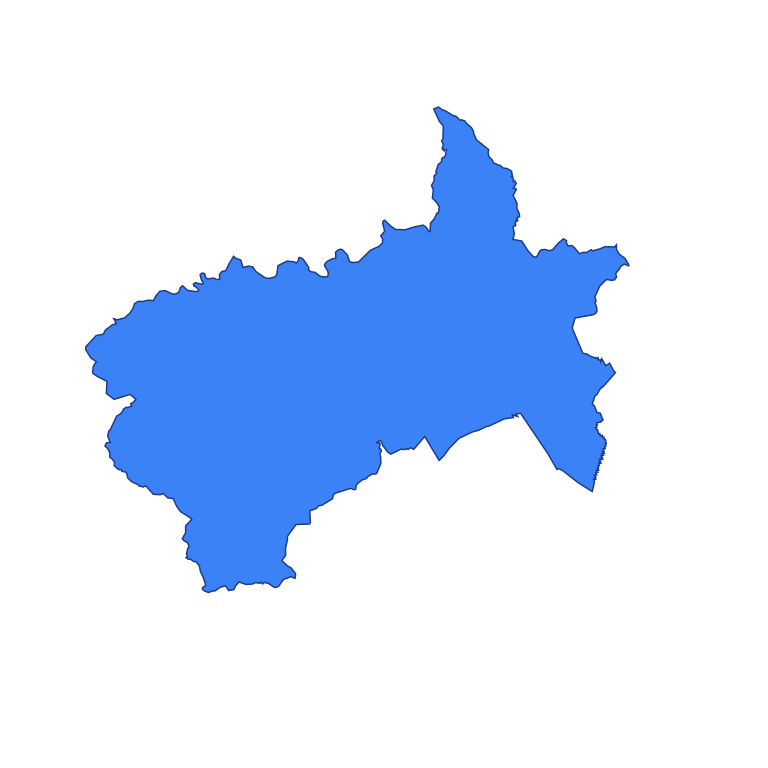 Tasquillo, Hidalgo, Mexico (Robinson projection), rotated 327°
{"feature_id": "50627088B25461945792705", "entity_name": "Tasquillo", "entity_type": "district", "adm_level": 2, "iso_a3": "MEX", "parent_name": "Mexico", "parent_adm1": "Hidalgo", "projection": "robinson", "projection_center": [-99.367, 20.531], "detail": "fine", "context": "isolated", "style": "filled", "palette": "blue", "viewbox_px": 768, "rotation_deg": 327, "n_neighbors": 0, "source": "geoboundaries", "source_scale": "gbopen_adm2", "svg_char_len": 6171}
<svg xmlns="http://www.w3.org/2000/svg" viewBox="0 0 768 768"><g transform="rotate(327 384 384)"><path d="M554.1,509.1L557.0,508.7L562.7,505.8L566.6,505.5L584.3,500.5L583.8,498.0L584.6,489.5L579.9,489.4L580.4,481.5L578.1,483.1L578.8,481.6L577.1,480.8L577.8,478.4L576.5,478.5L576.2,477.2L575.5,477.4L571.8,472.5L571.1,470.1L567.5,466.5L572.3,439.6L580.2,432.7L597.1,439.8L600.1,440.0L602.1,439.1L604.2,435.3L605.2,430.8L607.1,429.9L608.2,425.8L618.2,419.4L627.5,417.5L631.4,421.0L633.9,422.2L637.3,421.0L638.4,417.6L644.7,415.5L646.3,414.3L650.8,414.3L653.6,418.2L654.3,416.9L654.5,409.9L652.0,402.9L652.3,397.7L654.7,393.9L652.1,394.7L644.2,389.2L638.4,388.2L631.4,385.9L630.9,384.2L625.5,384.0L623.0,382.2L618.9,381.2L618.0,373.2L616.8,370.1L613.5,368.3L613.8,365.0L615.2,363.2L613.6,360.0L607.0,360.8L598.5,363.2L595.2,362.2L592.2,358.8L589.2,357.2L587.3,357.2L581.9,360.2L580.1,360.2L578.5,358.3L577.3,349.9L577.4,339.1L570.9,333.0L575.2,328.9L577.6,322.8L578.5,322.2L580.4,322.9L581.2,322.3L581.1,320.6L582.5,320.3L583.4,318.7L584.8,319.9L585.5,319.4L585.5,317.2L588.9,317.5L590.2,314.8L591.2,308.7L593.8,305.3L595.1,296.1L600.8,293.0L600.9,291.9L599.1,290.2L604.1,287.9L604.3,285.1L602.7,284.6L604.2,282.8L603.9,279.7L605.0,280.0L605.1,278.4L606.0,277.8L605.8,276.9L606.9,275.1L604.6,270.3L601.6,267.8L600.4,263.8L598.5,262.2L598.0,260.5L596.1,258.3L596.9,255.7L595.8,250.6L597.1,247.1L599.4,244.4L594.6,229.9L595.4,223.8L596.8,220.1L596.9,216.7L595.1,210.1L595.1,207.6L592.9,204.6L591.6,204.6L590.3,198.8L587.9,196.1L584.1,187.9L582.1,185.7L580.6,181.4L575.5,180.4L573.5,194.0L574.3,199.9L566.7,210.8L564.8,211.3L564.3,214.8L563.0,216.9L561.5,217.5L560.9,218.9L561.4,221.0L562.0,219.8L563.9,221.6L559.7,226.1L558.1,226.6L556.4,226.0L554.8,226.8L553.4,228.9L548.9,229.5L543.1,234.2L543.4,235.8L539.3,236.8L536.8,240.9L532.0,243.3L531.0,248.2L525.8,254.4L527.0,260.3L526.9,265.5L524.9,267.5L524.6,268.7L522.3,270.3L521.6,269.5L515.9,272.9L510.5,274.5L505.8,281.2L504.9,281.0L504.7,275.7L503.5,272.2L495.4,268.9L485.6,266.1L477.8,260.6L475.4,254.5L473.9,247.1L472.5,246.8L470.6,248.2L467.7,256.3L462.0,257.9L461.8,261.9L459.6,264.7L455.0,265.9L445.5,264.4L429.2,267.8L425.7,266.1L423.0,264.4L421.8,262.1L423.6,256.1L422.2,248.6L420.8,247.2L418.5,246.6L415.2,247.1L412.1,252.3L409.0,250.9L403.3,250.2L400.2,250.9L398.5,252.3L398.4,258.1L397.5,261.2L395.3,263.1L393.5,262.6L389.2,259.1L387.0,252.8L384.1,250.3L382.7,247.5L384.3,245.4L384.3,239.0L384.1,234.9L382.3,231.9L381.2,231.7L379.6,233.7L376.4,234.9L375.2,232.6L369.5,228.1L359.6,227.0L354.0,233.4L351.4,234.9L345.6,233.1L342.3,230.6L337.8,219.9L337.6,214.2L334.5,211.3L329.2,209.4L331.4,202.0L328.1,197.7L327.4,195.0L319.6,198.7L313.1,202.8L309.3,201.3L305.7,202.6L303.3,206.6L300.1,205.0L299.2,202.6L293.2,199.7L292.4,197.5L293.7,193.7L291.8,191.8L289.3,192.2L287.8,196.4L287.2,201.2L285.8,201.4L281.1,196.4L278.6,196.4L277.9,198.1L279.1,200.0L279.9,203.7L279.0,204.9L276.7,204.2L270.2,198.5L268.6,191.9L265.8,192.2L261.9,195.3L258.6,195.2L255.5,193.2L251.3,186.4L246.5,184.2L240.6,185.9L236.2,188.5L231.8,185.2L226.9,183.5L222.8,180.8L218.5,180.8L214.5,184.0L209.3,186.2L202.3,187.2L195.4,185.0L192.9,182.1L192.7,186.9L191.9,186.7L191.4,187.7L188.8,186.4L179.7,187.0L175.7,189.4L169.0,186.6L154.2,190.4L152.6,192.4L152.3,202.4L154.9,208.6L150.0,210.7L146.0,215.5L145.7,216.6L147.8,221.7L153.1,230.9L146.0,240.7L149.3,249.9L165.4,254.4L167.6,261.7L163.9,262.9L160.8,262.6L160.3,265.1L156.4,264.2L155.1,263.1L151.5,263.2L150.8,264.2L146.4,265.5L142.4,265.3L129.4,273.3L127.7,273.5L123.9,277.1L122.6,283.9L119.3,282.2L116.3,283.9L117.1,288.0L116.8,290.9L116.1,293.4L114.1,296.0L115.2,298.7L115.4,302.7L113.3,305.7L114.7,311.1L117.0,312.7L116.6,314.5L119.5,317.3L119.5,319.0L117.9,323.1L119.2,328.8L122.6,333.9L123.2,336.6L124.9,337.7L125.6,339.2L127.9,339.5L128.9,340.4L130.5,350.9L136.1,355.0L139.3,355.6L140.5,361.5L144.8,365.4L143.5,374.1L143.8,380.2L148.6,390.6L149.0,392.8L140.4,394.9L136.6,400.7L130.6,403.8L130.7,406.3L132.8,409.9L132.2,413.9L130.1,414.8L125.8,418.9L125.2,421.6L123.4,421.8L124.4,424.3L126.4,425.8L127.7,429.2L129.6,430.8L130.0,436.0L127.9,441.4L127.2,447.3L125.2,454.8L124.4,455.9L121.0,455.9L119.9,457.3L120.8,460.0L123.3,463.3L128.1,464.4L129.2,465.4L136.0,465.3L141.2,466.9L141.2,472.6L146.2,474.7L149.4,472.5L154.6,471.0L159.0,476.9L164.9,480.2L168.0,480.5L171.3,483.5L172.7,483.1L173.4,485.6L175.5,485.2L178.5,488.4L181.0,494.3L183.0,496.0L185.6,496.2L192.3,493.5L194.8,493.3L197.5,494.4L200.4,494.4L203.6,498.5L206.4,495.1L206.5,492.3L205.7,491.0L206.2,490.2L205.8,487.2L204.0,484.1L202.3,477.2L203.0,476.1L208.2,474.2L211.7,468.4L218.2,462.0L220.0,459.2L233.7,453.9L245.3,460.8L246.7,460.3L252.7,450.0L259.6,451.6L262.6,450.5L265.7,451.8L278.0,452.2L279.5,451.3L280.4,449.5L283.6,449.0L299.1,453.3L301.5,456.5L302.8,456.9L305.7,453.8L307.8,453.1L313.9,452.6L317.6,453.7L320.3,452.9L324.8,453.0L327.9,454.9L329.7,454.7L338.2,448.8L341.3,443.7L342.6,440.1L345.3,438.9L345.8,436.7L344.7,435.7L348.3,431.9L348.1,430.8L346.2,429.3L349.1,428.9L350.0,429.2L350.4,431.4L349.5,434.9L350.0,442.8L351.5,446.5L362.6,447.9L366.0,450.4L368.2,450.8L368.6,452.0L371.6,451.9L373.3,455.0L389.6,450.2L388.6,478.1L394.5,477.0L403.3,473.6L417.2,470.4L431.8,472.3L438.9,474.5L447.5,475.5L448.2,476.3L466.0,478.8L474.3,482.6L474.8,479.8L478.4,484.0L478.2,480.9L482.6,483.0L483.5,531.5L482.5,549.9L484.8,550.3L486.9,554.5L493.1,572.6L500.1,587.6L507.5,580.4L507.8,578.1L509.7,579.2L510.0,576.9L511.0,577.4L511.0,575.0L513.0,576.0L513.4,573.6L515.3,574.4L515.1,572.2L517.1,573.2L517.2,570.9L518.2,571.3L519.2,569.2L520.2,569.7L520.9,567.5L522.8,568.5L522.6,566.3L523.6,566.7L523.8,564.4L526.3,566.2L526.2,564.0L527.1,564.6L527.3,562.3L529.3,563.2L529.1,561.0L531.1,562.0L530.9,559.7L531.9,560.2L532.3,557.8L534.3,558.7L535.0,556.7L536.1,557.0L536.9,555.0L537.8,555.3L539.5,551.1L538.6,550.7L539.4,548.5L538.4,548.2L539.2,546.0L537.2,545.4L537.9,543.2L536.8,542.9L538.2,538.7L537.3,538.1L537.8,535.8L538.8,536.3L539.8,534.1L540.7,534.5L541.4,532.4L545.3,534.0L545.5,533.4L548.0,533.6L549.5,526.3L547.1,523.7L548.6,517.0L547.7,514.4L554.1,509.1Z" fill="#3b82f6" stroke="#1e3a8a" stroke-width="1.5"/></g></svg>